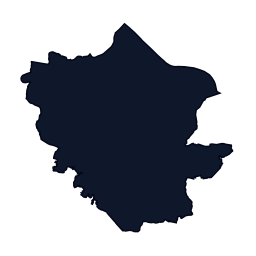 outline of Simian, Mehedinti, Romania, rotated 175°
{"feature_id": "2599482B5228411789707", "entity_name": "Simian", "entity_type": "district", "adm_level": 2, "iso_a3": "ROU", "parent_name": "Romania", "parent_adm1": "Mehedinti", "projection": "albers", "projection_center": [22.742, 44.63], "detail": "fine", "context": "isolated", "style": "filled", "palette": "ink", "viewbox_px": 256, "rotation_deg": 175, "n_neighbors": 0, "source": "geoboundaries", "source_scale": "gbopen_adm2", "svg_char_len": 5711}
<svg xmlns="http://www.w3.org/2000/svg" viewBox="0 0 256 256"><g transform="rotate(175 128 128)"><path d="M224.3,178.1L224.1,177.4L224.4,176.6L225.2,175.0L226.1,170.3L226.0,168.8L226.8,166.1L226.0,165.4L223.9,162.2L222.8,161.3L220.6,160.6L219.3,159.4L215.0,157.2L214.2,156.6L213.7,155.7L213.4,154.9L213.3,153.8L213.3,150.7L213.7,149.4L214.2,148.8L214.8,148.5L215.0,148.1L215.5,145.3L216.2,143.7L216.9,142.8L217.8,142.8L218.2,142.3L218.5,141.2L219.1,140.0L219.2,139.6L218.8,136.0L218.3,136.1L218.2,135.3L217.7,133.6L216.9,131.9L215.9,131.6L216.6,129.7L215.5,126.2L215.6,125.5L215.5,124.4L215.2,124.0L208.8,119.2L207.1,118.3L205.1,117.7L202.5,116.7L199.8,115.2L199.5,115.0L198.7,113.4L198.8,113.2L199.1,113.0L199.9,112.4L201.0,110.9L202.1,110.6L202.4,110.3L203.0,108.8L203.6,107.7L204.5,105.2L204.6,104.3L201.4,103.0L201.2,102.7L201.4,101.6L201.8,100.6L202.4,100.6L202.8,100.9L203.0,100.5L203.4,100.4L203.6,100.1L202.5,99.6L202.2,99.3L202.2,98.8L202.0,98.5L202.2,97.8L202.5,97.6L202.5,97.4L201.7,96.4L201.9,96.1L203.5,95.7L204.8,96.0L205.2,95.3L206.0,95.5L206.2,94.5L205.4,93.3L205.5,93.0L206.0,92.8L206.2,92.5L205.9,91.8L205.3,91.7L204.3,91.8L203.8,91.7L203.7,91.5L202.6,91.4L200.8,89.9L196.9,89.2L196.1,89.2L195.6,89.4L195.5,90.6L193.0,92.0L192.5,93.5L192.1,94.4L191.4,95.0L189.2,94.0L188.4,94.1L188.2,93.3L187.4,93.4L185.3,94.0L186.1,92.9L186.0,92.6L186.9,92.2L186.5,91.6L185.1,92.1L182.8,88.6L181.7,88.1L182.3,86.8L180.4,86.7L179.5,86.9L178.8,87.3L178.4,87.7L177.7,87.7L177.5,87.3L177.9,87.3L178.1,87.1L181.4,85.2L184.3,84.4L185.2,82.4L185.0,81.3L186.8,78.5L187.0,74.9L186.3,73.4L184.4,73.9L182.5,75.3L181.8,74.9L182.3,74.2L181.0,73.6L180.6,73.8L180.1,73.8L180.1,73.5L179.0,73.4L176.9,70.4L178.2,69.2L178.9,69.0L178.8,68.6L179.1,67.8L179.7,67.2L180.1,67.3L179.8,66.7L180.6,65.6L179.8,65.0L179.2,64.3L179.0,64.0L177.8,63.0L176.3,62.6L175.7,62.6L175.1,63.7L173.2,65.9L172.8,65.3L172.9,64.8L173.6,63.6L172.4,62.6L171.8,61.9L171.3,61.9L170.8,62.1L170.0,62.9L169.0,64.7L168.4,64.6L168.5,64.1L168.1,63.9L167.9,62.9L168.0,62.1L168.3,61.6L168.2,60.6L170.3,58.7L170.0,58.1L170.9,55.7L170.1,55.2L169.0,57.2L169.1,58.5L168.2,59.2L166.9,59.5L166.1,58.5L165.2,58.4L164.6,56.2L165.2,56.3L165.6,57.2L166.3,56.8L166.5,55.7L165.9,54.4L165.3,54.0L165.0,53.6L165.7,52.4L164.2,50.5L163.3,49.8L161.9,48.9L160.3,48.3L159.0,47.6L156.1,45.9L156.0,44.9L150.0,36.7L149.6,36.1L148.9,35.6L148.6,34.7L147.6,33.2L142.2,26.1L139.8,25.9L139.4,25.6L135.8,25.9L134.9,25.9L133.9,25.6L133.5,25.7L130.8,24.3L127.2,23.9L126.1,24.6L125.2,25.5L125.0,27.4L124.6,28.3L123.7,29.7L122.6,30.4L122.2,31.4L121.8,32.5L120.8,33.7L119.8,33.4L117.9,33.3L116.2,32.4L113.2,31.7L110.9,31.8L108.8,31.0L106.6,31.1L104.8,31.7L104.0,31.3L103.6,31.5L102.4,31.3L101.0,31.6L99.9,32.8L98.6,33.6L97.2,32.2L95.8,31.3L95.6,32.2L94.3,31.8L94.3,31.1L93.1,30.9L88.2,29.4L88.0,30.4L86.7,32.7L86.5,34.3L85.8,35.6L84.1,35.4L83.2,35.5L83.2,33.9L82.9,33.5L82.4,33.4L78.2,35.6L75.3,35.9L72.3,35.8L72.3,36.4L71.3,36.6L71.6,38.0L72.1,38.5L72.2,39.2L72.6,40.4L71.7,42.4L70.9,44.7L71.2,45.5L71.3,46.5L70.8,48.6L72.0,50.5L74.2,53.0L74.4,54.2L75.6,55.7L75.6,56.6L76.2,58.9L76.2,58.4L76.5,58.8L75.9,60.8L75.9,61.8L76.1,62.7L76.6,63.7L76.6,64.0L75.4,66.1L75.1,67.8L75.5,69.0L75.5,70.1L75.2,70.7L74.5,71.3L74.3,71.7L74.4,72.2L74.2,72.6L73.6,73.0L72.4,73.5L72.1,73.2L71.5,73.2L67.1,71.6L67.1,72.4L66.6,72.9L65.2,72.6L65.3,73.6L59.7,74.3L59.2,71.9L57.5,72.1L57.4,71.0L53.1,71.3L53.0,72.0L52.7,72.1L50.8,71.4L49.2,71.6L39.6,80.2L39.0,81.6L39.7,81.9L39.7,82.3L39.0,82.0L38.3,82.6L37.0,84.6L37.8,85.3L37.6,88.2L37.7,88.8L39.5,89.0L40.0,91.9L39.3,92.1L39.2,91.6L38.3,91.7L38.3,91.3L37.8,91.3L37.7,90.5L34.9,90.7L33.7,91.7L32.5,91.8L29.2,93.3L27.0,95.2L26.6,96.1L26.3,95.8L26.1,95.7L25.8,96.0L26.2,97.2L27.0,98.3L27.0,100.6L26.6,100.6L26.6,101.9L32.2,103.3L33.9,104.0L36.1,104.3L41.2,103.7L45.7,104.7L47.5,104.6L47.8,103.8L48.0,102.6L52.9,102.9L59.2,105.7L59.7,105.7L60.0,104.8L61.8,105.4L62.5,105.9L63.0,105.9L63.4,105.6L63.8,105.8L64.3,106.9L65.6,106.8L67.1,106.0L69.5,105.1L70.5,105.0L72.3,105.2L72.3,106.8L70.9,107.9L70.8,111.4L68.3,112.8L67.2,114.3L64.8,116.5L63.1,118.3L62.8,119.4L59.6,121.3L59.0,124.4L59.5,125.0L59.5,125.7L59.0,128.0L59.6,135.4L58.5,140.1L54.8,142.6L50.9,148.3L50.1,149.0L49.1,149.2L47.6,151.3L47.2,151.6L46.4,151.6L33.4,154.7L35.9,156.3L36.5,157.4L37.3,164.0L38.1,166.8L40.0,170.6L42.3,173.9L47.2,177.7L51.9,179.9L57.0,182.0L66.4,184.1L73.1,184.9L75.0,184.9L76.8,185.2L78.6,185.7L80.4,186.5L83.5,188.7L85.0,190.0L86.3,191.6L88.6,193.9L92.6,198.3L98.2,204.9L106.2,213.8L107.7,215.9L113.0,222.3L118.2,227.9L122.4,232.1L128.0,227.0L132.4,223.7L132.4,222.8L133.0,221.9L134.0,219.3L134.1,217.7L134.3,216.7L134.1,216.0L134.4,215.1L136.1,212.2L137.4,210.4L145.5,204.4L147.5,203.4L152.0,202.2L154.3,201.3L155.8,201.2L157.2,201.7L157.9,202.2L159.4,205.0L161.2,203.3L161.6,202.8L162.4,203.1L163.2,202.9L165.4,203.0L166.7,202.5L167.4,202.5L168.5,203.3L171.2,203.8L172.9,203.1L173.6,202.3L174.3,202.0L175.1,201.1L176.3,200.7L177.9,200.4L178.9,200.5L179.2,201.2L179.8,201.0L181.6,201.0L182.7,201.2L183.1,201.5L183.1,202.4L183.2,202.9L183.4,203.3L183.8,203.6L183.8,203.9L187.1,205.3L187.3,205.1L188.3,205.5L188.7,205.8L189.0,206.5L189.8,206.9L190.5,207.9L192.5,208.3L195.8,210.1L196.9,210.4L199.4,209.8L200.1,209.2L200.4,207.7L200.4,206.0L200.9,203.8L200.8,202.7L200.3,201.1L201.6,198.3L201.9,198.3L202.5,198.6L203.7,198.7L218.3,202.5L218.5,202.3L218.5,201.9L218.3,200.5L218.9,197.9L218.7,197.0L219.6,195.5L220.1,193.6L219.8,191.9L223.5,191.1L227.9,189.7L228.5,189.4L229.2,188.7L229.8,187.8L230.1,187.2L230.2,186.4L230.1,185.0L229.5,183.8L228.7,182.8L227.6,182.4L226.1,182.1L223.1,182.5L221.3,182.4L221.3,182.1L224.3,178.1Z" fill="#0f172a" stroke="#020617" stroke-width="1.5"/></g></svg>